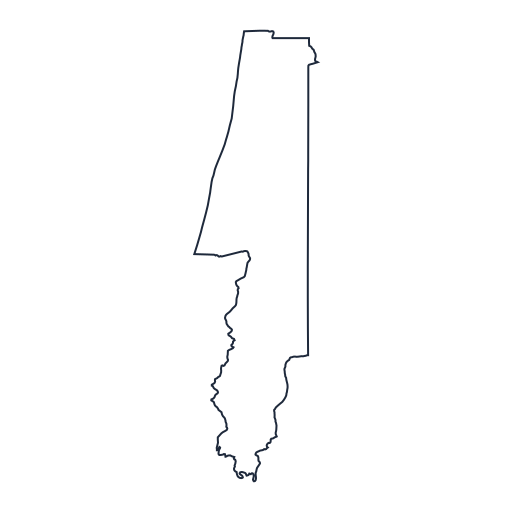 the district of Belterra, Pará, Brazil
{"feature_id": "56859067B15515313169577", "entity_name": "Belterra", "entity_type": "district", "adm_level": 2, "iso_a3": "BRA", "parent_name": "Brazil", "parent_adm1": "Pará", "projection": "robinson", "projection_center": [-55.04, -3.248], "detail": "fine", "context": "isolated", "style": "outline", "palette": "slate", "viewbox_px": 512, "rotation_deg": 0, "n_neighbors": 0, "source": "geoboundaries", "source_scale": "gbopen_adm2", "svg_char_len": 5618}
<svg xmlns="http://www.w3.org/2000/svg" viewBox="0 0 512 512"><path d="M219.3,455.0L220.1,455.0L221.4,454.9L223.2,454.5L223.9,454.0L225.0,454.2L225.5,456.7L226.5,456.4L227.4,455.8L228.5,455.5L230.2,455.4L231.2,455.9L232.1,456.4L232.9,456.6L234.3,457.0L233.8,458.2L234.2,459.3L235.2,459.7L235.7,461.2L235.3,463.6L234.6,465.5L234.9,466.5L234.3,467.7L234.0,468.6L234.1,469.8L234.8,470.9L235.5,471.5L236.6,472.0L236.9,474.1L237.4,475.4L237.8,476.4L238.8,477.3L239.9,477.9L241.2,478.1L242.0,478.0L242.8,477.5L242.6,476.5L242.0,475.6L240.0,474.2L239.6,473.3L240.2,472.3L241.7,472.0L242.6,472.1L245.0,472.9L245.7,473.5L246.6,475.6L247.5,475.4L248.5,475.0L249.3,473.6L250.8,474.2L251.7,473.3L252.6,473.3L253.4,474.3L253.7,475.6L253.7,476.6L253.3,478.4L253.0,479.4L253.3,480.6L254.0,481.3L255.0,481.0L255.7,480.0L256.0,478.2L255.9,476.7L255.7,475.4L255.6,473.7L255.7,472.7L256.2,471.5L256.7,469.0L257.1,467.8L259.5,464.3L260.0,463.3L259.8,462.3L259.1,461.5L258.5,460.8L258.4,459.6L258.4,458.2L258.3,457.2L257.8,456.0L257.0,455.6L256.2,455.2L255.5,454.6L255.7,453.5L256.3,452.5L257.4,451.8L258.7,451.3L259.8,450.7L260.6,450.5L262.3,450.2L263.4,449.8L264.2,449.1L265.1,449.4L266.2,449.0L266.9,448.1L267.8,447.5L267.1,446.9L266.7,445.7L266.9,444.7L267.4,443.9L268.5,442.9L269.7,443.0L270.5,442.1L270.7,440.7L270.7,439.5L271.3,438.7L272.2,438.6L273.3,438.3L274.0,437.8L274.7,437.3L275.9,436.9L276.7,436.5L275.7,434.0L275.7,432.5L276.1,430.9L276.3,429.5L276.4,427.6L276.5,425.6L276.3,424.5L276.0,422.9L275.5,421.6L275.5,420.1L275.2,419.1L274.5,417.3L274.6,416.2L274.6,414.7L274.5,413.4L274.5,412.3L274.1,410.9L274.2,409.8L275.0,409.0L275.8,407.5L277.3,406.1L278.3,405.2L279.5,404.2L280.3,403.5L281.7,402.4L282.4,401.8L282.9,401.1L283.9,399.8L285.3,397.5L286.0,396.0L286.3,395.1L286.5,393.4L286.9,392.1L287.1,390.6L287.3,389.2L287.5,388.2L287.6,387.0L287.5,384.8L287.2,383.3L286.7,381.3L286.3,379.6L286.1,377.8L285.3,376.4L285.1,374.5L284.8,373.2L284.7,371.5L284.4,369.6L284.5,368.6L285.0,367.6L285.4,366.5L285.4,364.9L286.0,363.0L286.7,361.8L288.2,360.5L289.2,359.9L289.6,358.8L290.0,357.9L290.7,357.4L292.0,357.2L293.4,356.7L294.2,356.6L295.2,356.6L296.4,356.8L298.1,356.7L299.4,356.5L301.5,356.2L303.1,356.3L304.8,355.9L305.7,355.8L307.2,355.2L308.1,355.2L307.9,328.1L307.8,298.0L307.8,267.2L308.1,170.0L308.2,161.2L308.2,153.5L308.2,151.7L308.3,105.4L308.3,104.0L308.3,73.4L308.3,68.1L308.3,67.2L308.4,65.6L309.0,64.8L310.9,64.2L312.6,63.8L313.6,63.5L317.7,62.2L316.8,61.7L315.8,61.5L315.1,60.7L315.0,59.2L315.4,57.7L315.7,56.3L315.5,54.1L314.9,52.9L314.4,52.1L313.6,49.7L312.9,49.2L312.2,48.6L311.5,47.3L310.6,46.4L309.2,45.8L309.0,42.2L309.0,38.1L305.4,38.1L294.0,38.1L272.6,38.1L272.3,37.2L272.6,35.8L273.3,34.4L273.7,32.8L273.3,31.5L272.0,31.1L271.0,31.4L270.0,31.6L269.0,31.5L267.9,30.8L260.6,30.7L244.1,31.3L243.8,33.3L243.7,34.3L243.6,35.3L243.3,36.4L242.9,38.3L242.7,39.3L242.5,40.4L242.5,41.5L242.3,42.9L242.0,44.1L241.8,45.7L241.5,47.1L241.3,49.2L240.3,55.2L240.0,57.8L239.1,62.8L238.3,67.9L238.0,71.0L237.8,74.0L237.4,77.9L236.6,81.5L235.9,86.1L234.8,91.2L234.1,96.0L233.2,106.1L232.0,116.0L231.7,118.5L229.9,125.1L228.4,131.6L226.8,137.2L226.1,139.4L224.7,144.4L222.4,150.5L219.4,157.9L218.1,161.0L216.2,165.8L214.9,169.4L214.1,172.9L213.5,175.4L213.1,176.5L212.4,178.2L211.6,181.9L210.5,189.7L210.1,192.8L209.0,198.7L207.8,205.4L206.0,212.8L204.1,220.0L202.2,226.9L200.9,232.2L199.0,238.8L197.1,245.3L194.3,254.1L208.1,254.5L210.7,254.6L213.8,254.7L214.8,254.9L215.5,255.5L216.4,255.1L217.3,255.3L218.9,256.6L219.7,256.6L220.5,256.1L221.8,256.5L239.7,252.0L241.6,251.5L242.8,251.7L244.1,251.1L245.3,251.0L246.3,251.1L247.3,251.4L248.0,252.5L248.6,254.0L248.6,255.3L248.9,256.2L250.1,258.2L250.0,259.4L249.6,260.3L248.1,262.0L247.5,262.9L247.2,264.4L246.7,267.4L246.4,268.5L246.3,269.9L245.9,271.6L245.5,273.4L244.8,276.1L243.8,277.2L240.7,278.6L237.4,280.6L236.4,281.1L235.8,282.1L236.0,283.4L236.3,284.7L237.3,286.2L238.3,287.0L238.6,288.3L237.8,289.2L237.7,290.5L238.1,291.6L238.1,293.2L237.8,294.3L237.4,295.3L237.2,296.5L236.7,297.9L236.5,299.2L236.4,302.3L236.2,303.8L235.9,305.0L235.1,306.1L232.7,308.3L231.0,310.4L229.6,311.9L227.0,313.9L226.1,314.8L225.5,315.8L225.0,317.9L225.2,318.8L226.1,320.5L226.4,321.5L226.4,322.6L226.6,323.8L228.3,326.4L229.1,326.9L230.2,328.1L231.3,328.8L231.9,329.6L231.8,330.7L231.2,331.5L230.3,332.4L228.3,333.7L228.4,334.9L229.2,335.7L230.2,336.2L231.1,336.9L232.0,338.2L234.0,338.9L234.6,340.3L233.7,340.8L233.0,341.7L233.0,342.7L232.7,343.6L232.1,344.3L231.3,345.1L231.5,346.0L232.3,346.7L233.5,347.3L232.9,348.2L231.0,349.2L229.2,349.9L227.9,350.8L227.7,354.8L227.3,356.4L227.3,357.3L227.5,358.6L228.0,359.7L227.9,360.8L227.0,361.9L225.5,363.4L224.5,365.4L223.4,365.9L222.5,365.4L221.6,365.7L221.2,367.3L221.0,368.9L221.2,370.5L221.1,372.4L220.3,374.8L220.0,375.9L219.1,376.6L218.2,377.0L217.3,378.0L215.0,379.2L214.9,380.2L215.1,381.5L214.7,382.7L214.1,383.3L211.8,384.7L211.8,385.7L212.7,386.0L213.8,388.1L214.7,388.9L217.1,390.4L217.6,391.2L218.0,392.2L217.6,393.3L215.6,394.7L214.9,395.9L214.7,396.8L214.1,397.7L213.2,398.6L211.4,399.4L211.3,400.4L213.1,401.5L213.9,402.2L214.5,404.4L215.0,405.5L216.0,406.5L217.0,407.2L218.1,408.8L218.5,409.9L221.5,412.2L222.0,414.4L222.9,416.1L224.4,417.7L224.9,418.5L225.5,420.6L225.6,421.8L226.4,423.7L226.5,425.3L226.3,426.8L227.0,427.6L227.3,428.7L226.7,430.0L225.1,431.0L223.0,432.1L221.4,433.3L217.8,437.3L217.8,439.8L218.0,442.7L216.7,447.9L216.9,449.1L216.9,450.2L217.7,450.1L219.4,447.0L220.1,447.5L219.9,448.5L219.3,449.3L218.9,450.5L218.7,451.7L218.5,453.9L219.3,455.0Z" fill="none" stroke="#1e293b" stroke-width="2"/></svg>